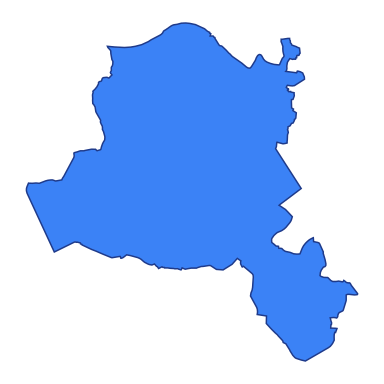 the district of Phachi, Phra Nakhon Si Ayutthaya, Thailand
{"feature_id": "78962969B2031869857401", "entity_name": "Phachi", "entity_type": "district", "adm_level": 2, "iso_a3": "THA", "parent_name": "Thailand", "parent_adm1": "Phra Nakhon Si Ayutthaya", "projection": "orthographic", "projection_center": [100.735, 14.433], "detail": "fine", "context": "isolated", "style": "filled", "palette": "blue", "viewbox_px": 384, "rotation_deg": 0, "n_neighbors": 0, "source": "geoboundaries", "source_scale": "gbopen_adm2", "svg_char_len": 5851}
<svg xmlns="http://www.w3.org/2000/svg" viewBox="0 0 384 384"><path d="M27.1,193.3L54.3,252.0L74.4,242.1L75.2,242.0L76.6,242.3L77.0,242.1L80.3,242.9L80.4,243.0L80.5,243.9L81.9,244.4L81.9,244.8L82.0,244.9L91.5,249.4L96.1,251.2L102.8,254.1L111.4,257.6L112.1,257.7L120.0,256.4L120.3,256.5L120.8,258.2L121.1,258.3L122.7,257.8L124.0,256.9L126.7,254.8L127.4,255.0L130.1,255.5L137.8,257.6L139.6,258.4L141.1,259.3L143.7,261.6L144.8,262.4L147.7,263.9L149.2,264.5L151.9,265.0L154.5,264.0L156.5,266.3L157.4,266.7L158.6,268.5L162.0,266.8L162.8,267.4L164.5,267.5L164.6,267.9L167.6,267.9L170.2,268.3L173.7,268.5L174.8,268.8L177.7,268.7L178.5,269.1L181.0,269.9L181.3,269.7L182.1,267.9L185.2,269.2L187.6,268.7L191.2,268.1L196.5,268.1L197.6,267.6L201.2,266.5L203.2,266.4L209.0,265.5L210.1,265.5L210.9,265.8L216.4,269.4L223.1,269.9L232.1,264.3L237.3,258.4L240.9,260.9L240.6,261.7L240.6,263.8L242.1,266.9L242.3,267.0L243.4,266.3L243.6,266.4L251.7,273.2L252.5,274.0L253.1,275.1L253.3,277.1L252.6,287.4L252.1,290.2L251.0,292.9L250.5,296.0L256.7,307.4L257.3,309.2L257.5,311.1L257.5,312.4L257.2,314.5L266.5,316.0L266.3,323.5L271.3,329.0L275.2,332.9L277.3,334.7L278.4,336.1L282.4,340.4L282.8,340.9L283.2,342.5L285.9,343.8L289.6,349.8L290.2,351.1L292.8,355.3L294.8,357.5L296.0,358.3L301.2,360.0L305.4,361.0L328.4,347.7L330.3,346.3L331.8,344.5L332.7,343.2L334.2,340.2L334.1,336.8L334.2,334.5L334.8,332.3L335.1,332.2L335.6,332.4L335.7,332.1L337.0,328.5L335.8,328.3L330.7,328.1L330.9,324.8L331.4,324.6L331.6,323.1L331.5,322.3L331.1,321.4L330.2,317.8L333.3,317.5L334.9,317.6L336.7,318.0L337.4,317.2L337.7,316.6L337.9,315.0L338.6,313.3L339.4,312.5L342.3,311.1L343.0,310.6L343.4,309.7L346.1,300.8L346.2,299.7L346.2,295.2L346.3,294.8L347.4,294.4L348.9,294.3L354.3,294.9L356.0,294.8L357.3,294.6L357.6,294.1L357.6,293.6L351.4,285.5L350.3,283.5L349.7,282.9L348.3,282.9L346.4,282.5L345.2,281.4L343.8,280.4L343.3,281.4L342.9,281.7L342.6,281.8L342.2,281.8L338.6,281.1L336.0,281.5L332.7,281.5L330.8,280.5L328.0,277.7L327.6,277.5L323.8,277.4L321.0,276.4L320.0,275.6L320.4,272.4L321.3,270.1L323.4,267.1L324.8,266.7L325.4,266.1L325.8,265.5L325.9,263.8L325.1,259.8L323.2,253.3L323.3,251.9L319.6,243.7L319.2,243.1L317.9,242.5L313.6,241.6L313.3,237.7L313.0,237.8L310.3,239.2L308.8,240.2L307.3,241.5L305.5,243.3L303.6,245.7L302.5,247.7L301.9,249.0L300.0,253.8L299.2,254.0L296.8,254.1L293.7,253.8L290.2,252.4L285.5,251.4L284.4,250.8L283.3,250.0L281.8,248.5L280.6,248.3L278.8,248.3L278.6,247.7L278.5,246.3L278.1,246.2L276.3,246.1L275.9,245.9L274.0,244.2L271.8,242.5L271.6,240.2L271.7,238.9L271.9,238.4L273.9,235.5L275.6,233.9L277.3,232.5L281.6,230.7L282.8,229.9L284.3,228.9L286.1,227.2L289.7,222.8L290.6,221.5L291.4,219.8L292.3,216.7L285.5,209.5L279.1,205.3L280.1,204.4L301.2,188.5L275.6,148.7L276.4,146.6L276.8,142.5L277.0,142.2L283.0,143.8L285.1,143.5L287.1,143.0L287.1,141.3L287.3,139.8L287.5,134.8L288.3,132.5L287.8,130.1L287.5,129.8L288.0,128.3L287.9,126.9L288.0,126.8L290.1,125.8L291.5,123.4L293.1,123.0L294.4,120.5L294.4,119.4L295.3,118.9L295.8,118.1L296.3,112.8L292.9,110.6L293.5,109.1L291.6,107.9L291.4,101.2L291.5,99.6L293.0,99.4L294.1,96.4L294.3,95.4L294.1,94.1L294.1,92.7L291.6,92.2L290.6,91.9L290.6,91.5L289.5,91.5L289.0,91.8L288.8,91.7L287.5,90.2L288.5,89.6L288.4,88.8L287.5,88.7L287.0,87.9L286.3,87.5L286.3,87.4L286.5,87.1L286.6,86.5L287.4,85.3L290.1,85.7L292.3,85.9L294.5,85.6L304.4,79.3L304.5,79.2L304.3,76.8L302.7,73.0L300.4,71.8L298.3,71.2L297.3,71.1L297.2,71.2L296.8,72.6L296.6,72.8L285.8,71.4L286.4,70.7L286.9,68.8L286.8,66.0L287.3,62.8L287.6,61.9L289.8,58.6L292.8,59.4L294.1,59.0L294.9,59.3L295.6,59.2L295.9,57.8L296.6,57.8L296.8,56.9L296.6,56.7L296.9,55.5L297.4,55.3L298.3,55.5L299.2,55.0L299.3,54.8L299.5,53.7L300.1,53.2L299.5,48.1L297.2,47.2L296.5,46.7L291.9,45.1L291.4,43.9L290.4,42.7L290.3,40.8L289.6,39.5L289.6,38.4L288.0,38.4L282.0,39.3L281.2,39.2L281.1,41.7L281.7,43.0L282.9,46.5L282.8,48.6L283.0,51.5L283.5,53.8L284.0,55.5L284.0,55.9L283.9,56.5L283.6,57.0L282.3,58.4L279.5,64.7L278.7,64.9L274.0,64.4L270.3,63.4L267.0,62.1L265.0,60.8L263.6,59.2L261.8,56.0L261.0,55.0L260.7,54.8L259.6,54.5L259.0,54.6L257.7,55.5L256.4,57.6L255.3,60.4L251.8,66.1L250.5,67.8L249.3,68.2L247.7,67.8L246.4,67.0L241.9,63.2L232.2,56.4L229.9,53.9L228.8,53.1L226.2,50.2L222.5,46.7L221.6,46.0L219.9,45.7L219.3,45.2L218.9,44.8L214.9,38.3L214.9,37.5L213.7,37.0L213.4,36.3L213.1,36.0L210.1,36.0L210.8,33.7L209.6,33.2L209.7,32.4L207.5,31.3L204.6,28.8L195.5,24.6L189.8,23.4L185.7,23.0L181.3,23.2L177.2,24.3L173.8,24.8L172.4,25.3L170.9,26.1L165.8,29.7L164.2,30.6L163.5,31.2L162.6,33.0L161.3,34.3L160.1,35.1L151.1,39.8L148.4,41.6L141.6,44.7L135.4,46.3L130.6,47.1L124.5,47.5L114.7,47.0L107.4,46.3L107.9,47.5L110.0,49.8L110.7,50.8L110.9,53.8L111.9,59.5L112.9,61.4L112.8,63.9L112.5,65.3L112.2,66.0L111.5,67.0L111.3,67.6L111.3,69.2L111.4,70.4L110.4,72.4L110.7,73.4L111.8,74.5L111.9,75.0L111.7,75.3L110.4,76.4L109.7,77.4L109.1,77.9L108.5,78.0L107.3,77.4L106.5,77.3L103.6,77.6L102.9,77.9L102.5,78.2L102.1,78.9L101.6,80.6L101.2,81.1L100.8,81.3L99.5,81.6L98.8,82.1L98.5,82.6L98.5,83.9L97.6,85.5L97.0,86.7L95.0,89.2L93.0,91.1L92.9,91.6L93.1,92.2L93.1,92.7L92.6,94.3L92.5,95.1L92.7,98.5L92.6,100.4L92.8,103.6L93.8,104.7L95.1,107.0L95.8,111.5L96.2,112.5L100.6,120.2L100.6,120.7L100.4,121.8L100.5,122.4L101.4,124.5L102.2,125.9L102.5,127.8L102.4,129.4L103.5,131.6L104.8,136.4L104.9,137.6L104.7,139.7L104.5,140.3L103.6,141.7L102.6,143.6L101.5,146.7L100.9,149.2L100.6,149.6L99.9,149.9L97.1,150.7L96.7,150.5L95.6,149.3L91.5,149.2L84.8,150.5L83.9,150.8L80.5,150.8L79.4,151.1L77.2,151.9L74.2,152.7L74.0,152.9L73.9,153.4L74.2,156.0L73.8,157.6L63.8,176.3L62.4,178.4L61.8,179.9L55.7,181.0L55.0,180.8L53.1,180.1L52.2,179.9L50.3,180.0L47.9,180.3L45.6,180.9L39.3,183.3L36.0,183.0L32.5,183.3L29.0,183.2L28.5,183.1L27.0,186.7L26.5,188.3L26.4,190.2L26.5,191.1L27.1,193.3Z" fill="#3b82f6" stroke="#1e3a8a" stroke-width="1.5"/></svg>